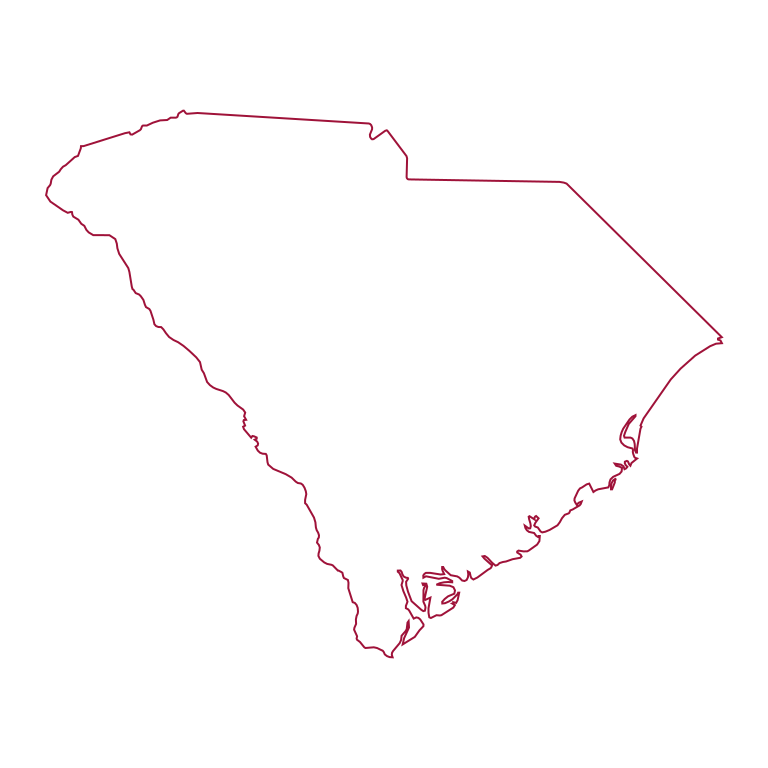 the State of South Carolina
{"feature_id": "USA-3545", "entity_name": "South Carolina", "entity_type": "State", "adm_level": 1, "iso_a3": "USA", "parent_name": "United States of America", "parent_adm1": "", "projection": "albers", "projection_center": [-80.855, 33.625], "detail": "fine", "context": "isolated", "style": "outline", "palette": "rose", "viewbox_px": 768, "rotation_deg": 0, "n_neighbors": 0, "source": "natural_earth", "source_scale": "10m", "svg_char_len": 6100}
<svg xmlns="http://www.w3.org/2000/svg" viewBox="0 0 768 768"><path d="M721.8,337.2L718.0,338.5L718.0,339.6L720.5,340.5L721.9,343.2L716.0,343.7L710.1,346.2L695.2,355.6L680.6,368.6L670.8,379.4L643.6,418.4L640.5,425.6L641.5,426.7L640.5,428.6L637.0,448.6L637.0,452.6L636.1,452.6L635.0,450.2L634.7,444.0L634.0,440.9L632.4,438.5L630.5,437.6L624.6,437.6L624.0,435.8L625.3,431.9L628.8,423.9L635.5,416.2L635.5,415.1L632.3,416.7L629.5,419.5L623.2,428.7L621.7,432.1L620.6,435.8L620.2,439.4L621.4,442.6L624.2,445.4L627.6,447.2L632.5,448.5L633.0,449.9L632.8,451.9L633.2,453.8L634.3,456.9L635.1,457.8L637.1,458.5L631.5,463.0L630.4,465.7L629.2,464.4L628.0,461.5L626.9,460.9L624.9,461.7L624.8,463.3L625.8,465.2L627.4,466.8L626.1,468.4L624.5,469.2L623.5,466.3L620.9,464.6L614.7,463.6L616.2,465.8L619.4,466.6L622.0,467.9L621.6,471.5L619.5,473.9L613.2,476.8L610.5,479.4L609.5,482.4L609.3,485.2L608.3,487.4L598.2,489.3L595.5,490.5L593.4,492.0L589.2,483.6L586.6,484.4L582.1,487.4L580.0,488.4L578.2,490.7L574.6,498.4L574.4,500.4L575.2,502.4L576.9,505.1L577.7,503.7L578.8,502.7L581.7,501.5L580.7,504.1L579.6,505.4L572.6,509.5L570.3,510.4L569.3,512.8L568.6,513.4L564.8,514.8L562.0,518.2L559.8,522.2L557.5,525.3L549.7,529.9L545.4,531.7L542.2,532.4L540.6,531.5L537.8,527.5L535.2,526.6L534.2,525.4L535.4,522.7L538.6,518.3L536.1,516.0L535.1,516.6L534.5,517.7L534.4,518.9L534.6,519.5L529.5,516.2L528.7,516.7L529.1,519.1L530.4,523.4L530.8,526.1L530.2,528.3L528.8,528.5L524.8,525.6L525.4,528.0L526.9,530.3L529.0,531.9L534.1,533.0L536.2,535.8L538.2,537.1L538.7,537.0L538.8,536.0L539.8,536.0L539.4,541.1L537.1,544.6L528.7,550.6L527.3,551.3L523.6,551.4L518.5,550.6L517.2,551.5L517.2,552.5L520.6,554.7L521.6,556.5L520.2,557.8L512.6,559.2L506.0,561.5L502.9,562.0L499.5,563.1L497.5,565.0L495.5,565.6L492.1,562.7L487.5,557.8L484.8,556.0L482.6,556.4L484.4,558.6L491.1,564.6L492.0,564.9L492.1,565.2L491.6,566.7L490.6,568.2L487.7,569.9L477.4,577.5L473.4,579.5L471.4,578.1L470.6,576.3L469.8,572.6L467.9,571.5L468.3,574.3L467.9,577.4L466.6,580.0L464.5,581.0L462.1,580.5L459.4,577.7L457.2,576.4L450.7,575.2L445.4,570.4L444.3,569.1L443.2,567.0L442.2,567.0L442.1,569.0L442.6,570.8L444.2,574.1L440.6,574.5L430.4,572.9L425.9,572.9L424.5,573.8L423.3,575.4L423.4,577.7L426.0,576.3L438.8,578.8L444.7,577.7L446.7,578.1L452.2,581.0L452.2,582.3L448.2,582.0L444.0,582.3L439.8,583.2L436.4,584.7L449.7,585.7L453.4,587.2L455.0,590.4L454.3,593.7L448.1,596.3L444.7,599.0L442.2,601.8L442.3,603.5L445.0,603.2L448.9,601.5L452.4,599.3L457.5,594.2L458.1,592.7L459.2,592.7L457.6,600.2L456.1,602.9L453.3,602.2L453.4,603.1L452.2,603.5L454.9,605.1L453.3,607.6L441.4,615.2L439.8,615.5L436.5,615.2L430.9,618.0L429.3,617.3L428.5,612.8L428.5,608.3L430.4,597.6L425.3,599.9L424.5,599.0L427.2,586.7L426.3,583.7L422.5,583.5L423.1,585.1L424.5,584.7L424.6,585.3L425.5,585.8L424.1,587.8L423.5,590.1L423.4,601.7L425.2,605.8L425.5,607.6L424.9,610.7L423.3,611.1L421.4,609.9L411.6,601.2L408.0,591.7L406.3,585.4L406.1,581.8L408.1,578.8L407.8,577.9L406.0,577.7L403.7,576.5L402.4,574.3L401.7,572.0L400.5,570.5L397.8,570.6L397.8,571.7L399.5,573.2L402.7,580.0L402.7,581.1L401.5,585.0L403.4,591.2L406.1,597.5L407.5,601.7L405.9,605.9L405.9,608.2L408.1,609.3L409.2,610.6L413.7,618.6L416.3,617.4L418.4,617.9L420.2,619.4L423.5,624.4L423.4,626.2L419.5,630.3L414.8,636.9L402.7,644.4L404.1,638.2L409.0,627.5L408.6,621.1L407.5,622.6L406.7,629.2L405.6,631.1L401.6,635.7L401.1,640.0L399.7,643.1L393.0,651.1L392.0,652.9L391.8,654.9L392.6,657.3L389.6,657.1L387.0,656.1L384.8,654.4L383.8,652.1L382.8,650.8L377.0,648.0L373.8,647.3L365.4,648.0L364.2,647.2L360.0,642.0L357.0,639.7L356.6,638.5L357.1,636.3L354.1,629.7L354.4,627.8L356.1,623.9L355.9,619.4L356.6,615.9L357.7,613.6L358.0,611.6L357.7,607.9L356.6,605.0L354.8,602.9L352.7,602.2L348.3,588.2L348.5,582.8L347.9,580.0L343.9,578.0L343.2,576.3L342.4,572.8L341.6,572.2L338.4,570.5L337.9,570.6L332.8,565.4L331.5,564.8L327.1,563.9L324.2,562.4L319.8,558.7L318.4,555.9L318.6,553.4L319.4,550.8L319.8,547.5L318.9,545.0L317.0,542.6L317.9,538.8L318.8,537.6L319.0,535.3L318.1,532.6L316.7,530.2L315.9,527.5L315.4,522.3L314.0,517.6L306.7,504.7L305.1,503.2L305.1,499.9L306.3,494.1L305.8,491.2L304.5,487.7L302.7,484.8L300.9,483.5L297.8,483.0L295.7,481.6L291.6,477.6L285.8,474.2L273.2,468.9L268.2,464.6L267.5,462.2L266.7,455.4L265.8,453.9L262.6,453.7L260.0,452.7L257.8,450.6L255.6,446.7L257.7,445.4L258.1,443.6L257.2,441.6L254.7,439.7L256.7,438.7L256.7,437.5L254.0,436.3L252.4,436.0L251.2,437.7L244.0,429.2L243.1,426.7L245.1,425.6L243.4,421.4L243.8,420.1L246.1,419.8L244.1,416.2L245.2,412.6L243.2,409.6L237.5,405.5L234.6,402.7L228.7,395.0L225.8,392.5L223.0,391.1L216.2,388.9L213.2,387.5L209.9,385.1L207.1,382.0L203.9,373.2L201.7,369.7L200.0,362.1L196.2,357.3L189.4,350.9L183.5,345.9L178.1,342.2L173.5,340.0L169.1,337.0L165.9,333.1L163.4,329.4L161.2,327.1L158.4,327.0L156.1,326.1L154.4,324.2L153.4,319.7L150.5,310.9L149.3,309.0L146.0,307.1L144.9,304.7L143.4,299.9L140.8,296.2L139.1,294.5L135.7,293.1L133.5,289.8L132.5,289.1L131.8,286.7L129.4,272.0L128.3,268.1L119.2,253.9L117.4,248.3L116.8,243.6L115.3,239.1L109.4,235.2L93.2,235.1L88.7,232.4L86.4,229.9L84.3,225.8L81.3,223.8L78.4,219.7L73.3,216.6L72.3,214.5L72.0,212.1L71.0,211.9L67.7,212.8L63.0,210.3L50.4,201.6L46.1,195.2L47.6,188.1L50.1,185.1L50.7,183.7L51.4,179.7L53.2,176.3L59.2,171.7L60.7,169.3L63.0,166.7L65.7,165.2L74.7,157.1L78.0,155.9L80.8,148.3L81.0,146.1L83.6,146.1L124.9,133.2L129.4,132.3L130.5,134.4L132.2,134.6L139.9,130.2L140.9,129.2L142.0,126.3L143.0,125.5L146.9,125.5L152.9,122.7L160.1,120.4L167.2,120.0L170.6,117.7L175.7,117.7L176.7,117.4L177.5,116.7L178.3,114.1L179.0,113.2L183.0,110.7L183.9,110.7L185.8,113.2L186.9,113.8L197.5,113.0L368.9,123.5L370.1,124.0L371.2,125.1L372.1,127.4L372.1,129.2L369.9,134.6L370.1,136.9L371.1,138.5L372.1,139.3L373.6,139.1L385.2,130.8L386.8,130.3L387.7,131.1L406.5,156.1L407.1,158.3L406.6,177.1L406.9,178.2L407.7,179.1L408.8,179.4L559.5,181.9L563.8,182.6L566.6,183.6L721.8,337.2ZM614.9,479.9L614.8,482.5L612.1,489.3L611.0,489.3L611.0,486.0L611.7,482.9L613.1,480.4L615.3,478.9L615.6,479.2L615.5,479.7L614.9,479.9Z" fill="none" stroke="#9f1239" stroke-width="2"/></svg>